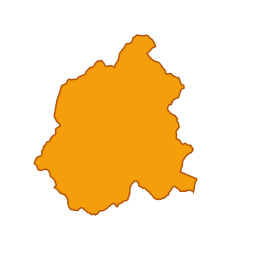 Julcan, La Libertad, Peru (Natural Earth projection), rotated 196°
{"feature_id": "86281439B76947314697902", "entity_name": "Julcan", "entity_type": "district", "adm_level": 2, "iso_a3": "PER", "parent_name": "Peru", "parent_adm1": "La Libertad", "projection": "natural_earth1", "projection_center": [-78.495, -8.189], "detail": "fine", "context": "isolated", "style": "filled", "palette": "amber", "viewbox_px": 256, "rotation_deg": 196, "n_neighbors": 0, "source": "geoboundaries", "source_scale": "gbopen_adm2", "svg_char_len": 5759}
<svg xmlns="http://www.w3.org/2000/svg" viewBox="0 0 256 256"><g transform="rotate(196 128 128)"><path d="M160.3,33.9L159.8,34.2L159.4,34.3L156.9,34.2L153.5,34.9L153.1,35.4L152.9,36.3L152.3,37.2L151.0,38.5L150.3,38.7L149.3,38.4L147.7,37.5L145.6,36.8L143.6,35.8L141.0,35.5L139.3,34.6L139.0,34.7L137.9,35.7L137.3,36.0L136.9,36.0L136.0,35.4L135.4,35.5L134.9,36.1L134.1,36.6L133.5,37.2L133.2,38.7L132.2,40.6L131.9,40.9L130.8,41.0L130.1,41.3L129.0,41.9L126.8,44.0L125.9,45.2L125.1,46.7L124.5,47.6L122.2,50.7L121.8,51.2L121.3,51.3L120.3,51.5L119.6,51.3L119.1,51.1L118.7,50.5L118.0,49.7L116.5,49.4L116.3,49.6L116.2,51.0L115.9,52.0L115.5,52.7L114.6,53.5L113.9,53.8L113.5,54.1L112.4,56.1L111.8,56.7L111.1,57.1L110.3,57.3L109.8,57.6L109.0,58.5L108.5,58.8L108.4,59.1L108.6,59.9L108.4,62.1L108.1,63.2L108.4,66.1L108.9,68.0L109.5,70.1L109.3,74.0L108.8,75.4L107.4,78.3L106.3,78.9L104.9,79.1L103.9,79.0L103.3,78.6L102.7,78.0L102.2,76.2L101.7,75.6L101.0,75.1L100.4,74.9L99.3,75.1L99.0,75.0L98.1,74.4L97.6,74.3L96.7,74.3L95.6,74.7L95.2,74.7L94.7,74.6L93.8,73.9L92.3,73.1L91.8,72.9L91.1,72.9L89.9,72.2L88.9,71.4L85.3,69.4L84.6,68.6L84.0,68.1L83.0,67.7L81.6,67.5L80.3,67.5L78.4,67.9L77.4,68.4L75.1,69.9L73.5,71.3L72.9,72.1L72.5,73.1L72.0,73.9L71.7,74.2L70.9,74.6L70.7,75.6L70.8,77.2L69.8,79.6L69.1,82.7L68.1,84.1L67.3,84.6L66.4,84.8L64.9,83.8L63.8,83.7L63.0,83.2L62.1,83.1L60.4,81.7L60.0,81.7L58.6,82.1L57.4,82.3L56.2,82.9L55.2,82.9L54.9,83.1L54.7,83.7L54.3,84.2L53.6,84.6L51.4,85.1L48.4,85.3L47.9,85.0L47.6,84.6L47.7,87.6L48.3,91.5L48.4,92.5L48.1,95.4L47.9,96.2L47.8,97.8L47.9,98.0L65.9,100.3L65.5,102.7L65.7,104.0L65.6,105.0L65.3,106.3L66.0,109.3L66.3,111.5L66.2,112.2L65.1,115.1L64.4,117.2L63.8,118.3L62.0,120.5L61.2,121.1L60.6,121.7L60.2,122.5L59.9,123.2L59.9,124.0L59.5,124.7L59.5,125.0L59.5,125.3L59.8,126.0L60.9,126.9L62.0,127.3L62.3,127.6L62.6,128.4L63.4,128.6L64.8,128.1L66.0,128.1L67.1,128.4L67.8,129.0L68.4,129.1L69.1,128.8L69.7,128.4L70.4,127.7L70.8,127.5L71.5,127.5L72.5,127.9L73.4,129.0L74.8,130.2L76.8,130.9L78.4,131.1L79.0,131.8L79.1,132.3L79.3,134.3L79.6,135.4L80.7,136.9L80.8,137.3L80.6,138.4L80.0,140.5L79.3,142.1L79.2,142.9L79.3,143.7L80.5,145.6L81.0,146.8L82.9,148.3L83.1,148.6L83.2,149.0L83.0,150.5L83.4,150.9L84.6,151.5L85.2,152.2L86.0,152.8L88.5,153.1L89.5,153.6L91.3,154.0L91.9,154.3L93.1,155.3L94.1,155.8L95.0,156.7L95.1,157.0L95.2,157.7L95.5,158.5L95.5,159.2L94.9,161.6L94.7,161.9L94.3,161.8L93.9,161.9L93.4,162.4L92.8,162.8L92.9,163.9L92.6,164.4L92.5,164.8L92.7,165.5L92.7,165.8L92.1,167.1L91.9,167.9L90.8,169.1L89.0,170.4L88.1,170.8L87.8,172.7L87.8,175.6L87.9,176.3L87.5,177.7L87.6,178.6L87.3,179.6L87.1,180.2L86.8,180.7L85.3,181.5L85.1,181.8L85.6,183.0L86.0,184.2L86.3,184.4L86.7,184.4L87.3,184.3L88.2,184.3L88.9,184.6L89.1,184.8L90.1,186.4L91.0,187.4L91.6,188.7L93.0,190.1L93.7,190.3L94.1,190.1L95.3,190.0L96.8,190.3L98.0,190.3L100.0,191.2L100.8,191.8L101.5,192.1L103.2,191.8L105.0,190.8L106.4,190.7L106.8,190.9L107.0,191.2L107.4,192.5L108.1,193.5L110.8,195.2L112.0,196.1L112.8,197.0L114.2,197.9L115.3,198.8L115.7,199.1L117.6,199.6L121.4,199.6L122.7,200.1L124.2,200.7L124.8,201.1L126.2,201.7L127.8,202.7L128.1,203.0L128.7,203.9L129.5,204.4L130.5,204.8L128.2,208.1L127.8,208.8L127.6,209.8L127.3,210.4L126.4,212.0L125.3,212.7L124.4,213.7L124.0,213.9L124.3,214.4L125.8,216.5L126.3,217.4L127.5,218.1L128.6,219.3L129.4,219.7L131.1,220.1L131.9,220.5L133.2,221.6L133.6,221.8L134.4,222.0L135.9,222.1L136.5,222.0L137.5,221.2L138.6,220.7L140.0,220.5L141.7,220.4L143.7,219.9L145.5,219.6L145.5,219.2L145.8,218.5L146.3,217.8L147.2,216.8L147.9,216.4L148.0,216.2L148.0,215.9L147.8,214.6L148.1,211.4L149.0,210.7L149.6,209.6L150.1,209.2L151.2,209.2L152.3,208.7L152.9,208.2L153.2,207.3L153.9,203.9L154.2,203.1L155.0,202.0L155.3,201.2L155.5,200.0L156.2,198.5L156.6,197.0L156.2,193.5L156.2,192.1L156.3,190.1L157.0,187.4L157.6,186.1L157.7,184.6L157.5,183.3L157.7,182.7L157.9,182.6L158.5,182.7L159.2,183.0L160.7,183.2L163.4,182.7L164.8,181.5L165.5,181.3L166.9,181.3L167.4,181.6L168.7,183.3L169.2,183.7L171.8,185.4L172.0,185.5L172.4,185.4L173.5,184.9L175.0,184.2L176.4,182.8L177.0,181.6L177.5,179.3L178.3,177.3L179.2,176.5L181.0,175.8L181.6,175.0L183.7,170.7L183.9,168.7L184.6,167.0L185.4,166.3L186.6,165.9L187.1,165.4L187.8,164.6L188.5,164.2L189.4,163.5L190.4,161.3L191.1,160.5L191.9,160.2L193.6,159.9L195.3,158.8L198.3,158.6L198.7,158.1L199.1,157.3L199.4,155.6L199.5,154.2L199.8,153.5L202.7,151.1L203.3,150.5L203.6,149.4L203.6,148.1L203.4,146.5L203.4,143.8L203.7,137.7L203.9,134.5L203.8,133.4L203.6,132.6L203.4,129.5L203.2,128.5L203.0,126.2L202.6,124.4L202.6,121.7L202.1,119.2L201.9,118.4L199.8,116.4L198.8,115.0L196.7,113.9L195.8,113.5L195.1,113.0L193.6,111.5L194.7,110.1L196.9,107.9L197.1,107.2L197.1,106.5L197.0,105.7L196.3,104.0L196.0,102.5L196.3,101.6L197.0,100.7L198.3,99.5L198.9,98.0L199.4,96.3L200.0,93.4L200.2,93.0L200.5,92.8L201.6,92.6L202.2,92.1L202.3,91.6L202.4,90.4L202.6,89.2L202.7,88.6L202.9,88.3L203.9,87.4L204.2,86.4L204.1,86.2L203.6,85.5L203.6,84.8L204.5,81.8L204.5,81.5L204.2,81.0L203.6,79.5L203.5,78.4L203.8,77.6L204.3,77.1L205.0,76.6L207.0,75.1L207.8,74.1L208.4,68.4L208.2,68.0L207.8,67.8L206.0,67.1L205.5,66.7L204.3,65.2L203.6,63.9L203.1,63.5L202.1,63.1L200.8,63.1L199.7,63.3L199.1,63.9L197.9,64.7L195.4,65.8L194.4,65.7L192.8,65.2L192.1,64.8L191.6,64.4L191.1,63.0L190.2,62.2L189.8,61.2L189.3,60.4L188.5,59.7L187.1,59.4L185.1,58.3L184.3,57.7L182.5,55.1L181.8,54.4L181.4,53.7L181.2,52.7L182.5,51.2L182.5,50.7L182.3,50.4L181.4,50.1L179.3,49.7L178.7,49.4L177.5,48.6L176.9,47.8L175.1,46.8L173.4,46.6L172.6,46.4L171.7,46.4L170.4,46.7L170.0,46.6L169.7,46.3L169.5,45.4L167.6,44.4L167.0,43.5L166.5,43.1L165.5,40.9L165.3,39.7L164.5,38.4L164.4,37.8L163.5,36.8L163.2,36.1L161.4,34.4L160.3,33.9Z" fill="#f59e0b" stroke="#b45309" stroke-width="1.5"/></g></svg>